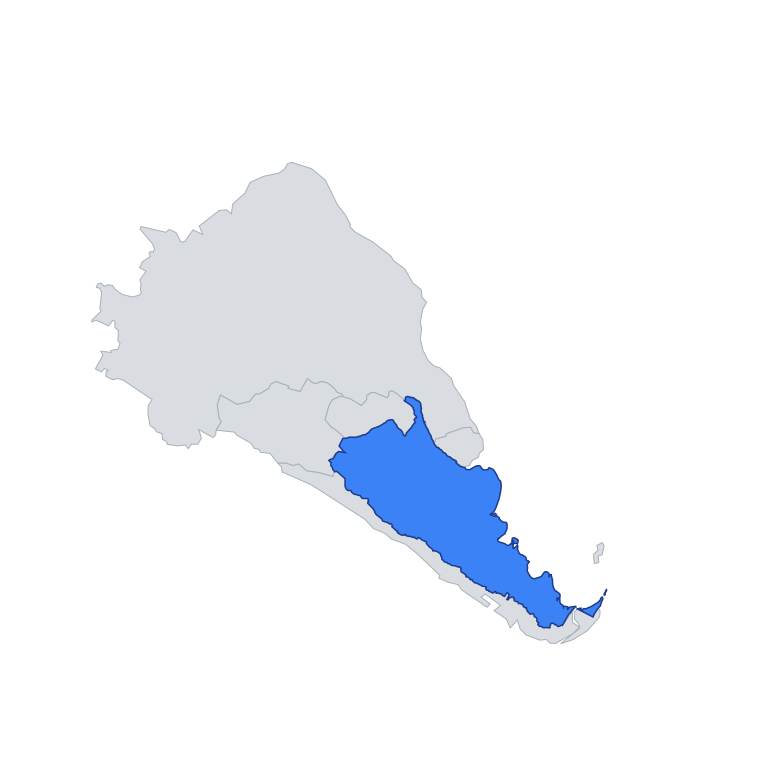 Argentina and the surrounding countries, rotated 298°
{"feature_id": "ARG", "entity_name": "Argentina", "entity_type": "country or territory", "adm_level": 0, "iso_a3": "ARG", "parent_name": "South America", "parent_adm1": "", "projection": "equal_earth", "projection_center": [-65.46, -38.417], "detail": "fine", "context": "with_neighbors", "style": "filled", "palette": "blue", "viewbox_px": 768, "rotation_deg": 298, "n_neighbors": 6, "source": "natural_earth", "source_scale": "50m", "svg_char_len": 11009}
<svg xmlns="http://www.w3.org/2000/svg" viewBox="0 0 768 768"><g transform="rotate(298 384 384)"><path d="M276.2,660.3L276.6,678.0L287.1,678.2L285.1,681.3L279.7,683.7L261.7,679.4L246.9,670.8L237.6,661.9L260.7,671.7L263.9,668.1L265.8,662.6L271.6,659.3L276.2,660.3ZM264.4,327.3L268.3,334.4L269.4,341.9L273.5,346.3L271.1,356.4L275.3,368.0L278.4,382.2L283.9,380.8L284.9,383.3L282.3,394.0L274.0,399.0L274.4,415.9L272.9,419.2L275.2,423.1L269.9,429.4L265.1,438.8L262.6,447.9L263.4,457.5L259.0,467.7L262.7,484.6L264.6,486.4L264.8,495.3L260.8,504.7L261.1,512.7L255.8,518.9L256.0,527.6L258.4,536.8L254.3,540.2L251.3,558.0L252.8,569.1L250.1,571.0L252.0,581.4L255.2,584.8L253.1,588.6L256.3,590.3L257.2,593.7L254.3,595.4L255.2,600.5L253.1,612.1L249.9,619.5L250.8,623.8L248.9,629.2L244.0,632.9L245.1,641.8L247.5,644.8L251.8,644.3L252.0,650.4L254.9,655.2L276.5,657.5L270.8,657.5L262.0,662.4L261.3,669.8L258.6,670.0L251.3,667.4L235.4,657.2L233.1,652.1L234.6,647.3L231.0,641.8L229.2,627.5L231.6,619.2L238.3,612.6L227.9,610.0L233.9,602.3L235.5,587.6L243.3,590.8L246.1,572.2L241.4,569.7L239.7,581.0L235.3,579.8L238.6,549.8L241.6,543.4L239.2,534.3L238.2,523.7L241.2,523.3L249.8,492.5L252.6,478.0L250.5,463.3L252.6,455.1L251.4,442.8L255.6,430.6L260.9,366.9L258.4,335.3L262.4,332.7L264.4,327.3Z" fill="#d9dde1" stroke="#a8b0b8" stroke-width="1"/><path d="M324.1,653.9L332.0,649.0L337.4,651.0L341.5,647.7L346.5,651.4L344.4,654.3L335.6,656.7L332.8,653.9L327.2,657.5L324.1,653.9Z" fill="#d9dde1" stroke="#a8b0b8" stroke-width="1"/><path d="M354.8,456.3L359.6,455.3L366.9,462.9L369.6,462.6L382.6,474.4L386.5,481.0L383.1,485.7L384.9,491.2L381.4,497.2L373.0,502.6L367.7,500.7L363.7,501.7L357.1,497.6L352.2,497.9L347.9,492.5L348.6,486.3L350.3,484.1L350.5,474.3L354.8,456.3Z" fill="#d9dde1" stroke="#a8b0b8" stroke-width="1"/><path d="M384.9,491.2L383.1,485.7L386.5,481.0L382.6,474.4L369.6,462.6L366.9,462.9L359.6,455.3L354.8,456.3L373.9,433.0L385.6,423.4L386.0,415.3L382.4,409.5L378.6,411.4L381.5,399.5L381.7,393.9L379.0,392.1L376.1,393.7L373.3,393.3L372.0,379.9L370.6,376.9L365.5,374.1L362.3,376.1L354.3,374.1L355.0,360.1L352.9,354.4L355.3,352.2L354.7,346.3L356.9,341.7L358.4,333.5L356.6,327.0L352.4,324.1L351.6,320.0L352.9,313.9L337.9,313.5L335.0,301.2L337.3,301.1L335.4,287.4L330.9,284.2L326.0,284.3L317.4,279.2L314.3,275.2L305.5,273.5L297.0,264.0L297.5,244.8L287.2,246.6L276.1,254.9L274.4,258.1L264.4,257.5L260.0,259.3L256.4,258.1L256.8,241.9L250.4,248.2L243.4,247.9L240.4,242.2L235.1,241.6L236.8,237.1L232.3,230.6L229.0,221.0L231.1,219.0L231.0,214.5L235.8,211.4L235.0,205.6L237.0,201.9L237.5,196.9L246.6,189.7L254.1,186.0L261.3,186.5L265.0,152.5L263.8,146.3L260.3,142.4L260.3,134.6L264.8,132.9L266.4,134.0L266.6,129.9L262.0,128.8L261.9,122.1L277.4,122.3L280.0,118.6L283.8,128.3L285.3,127.0L289.7,132.7L295.8,132.0L297.4,128.7L306.6,124.4L307.5,119.9L313.2,116.9L312.7,114.6L306.0,113.7L305.2,99.8L301.7,97.0L303.1,96.0L315.3,100.0L317.6,97.5L332.2,91.8L335.1,87.8L334.1,84.7L338.2,84.3L340.1,86.7L339.0,91.4L341.8,93.1L343.6,98.0L341.4,101.8L340.2,110.9L342.8,121.3L347.7,126.3L351.6,126.8L352.5,124.8L358.6,122.4L361.2,119.6L371.8,121.0L372.0,113.5L378.9,113.4L387.0,117.9L389.4,115.0L391.2,115.4L392.3,118.4L396.1,117.7L399.2,113.6L406.2,95.9L408.9,95.4L415.5,120.1L419.7,121.8L420.0,129.2L414.0,138.1L416.5,141.3L430.5,143.0L430.8,153.7L436.8,146.7L460.0,157.1L463.9,163.4L462.6,169.3L471.8,166.0L487.3,171.6L499.2,171.2L510.8,180.1L520.8,192.1L526.9,195.2L533.7,195.6L536.5,199.0L540.1,219.0L536.4,236.7L520.6,258.4L515.2,270.4L509.0,279.6L507.0,279.8L504.5,287.5L504.2,307.3L500.1,330.3L497.4,334.4L495.3,348.4L486.7,361.9L484.8,372.6L478.3,377.0L476.2,383.2L467.9,383.1L455.6,387.1L450.0,391.6L441.3,394.6L431.9,402.7L425.0,412.8L423.5,420.4L424.5,425.9L420.6,441.0L415.1,446.5L405.9,463.9L393.8,476.3L390.0,485.6L384.9,491.2Z" fill="#d9dde1" stroke="#a8b0b8" stroke-width="1"/><path d="M264.4,257.5L274.4,258.1L276.1,254.9L287.2,246.6L297.5,244.8L297.0,264.0L305.5,273.5L314.3,275.2L317.4,279.2L326.0,284.3L330.9,284.2L335.4,287.4L337.3,301.1L335.0,301.2L337.9,313.5L352.9,313.9L351.6,320.0L352.4,324.1L356.6,327.0L358.4,333.5L356.9,341.7L354.7,346.3L355.3,352.2L352.9,354.4L352.8,351.2L345.7,345.8L338.5,345.7L325.0,348.7L321.2,357.8L320.9,363.4L317.8,375.8L316.6,373.6L307.8,373.1L304.8,381.4L300.3,374.0L290.3,371.5L283.9,380.8L278.4,382.2L275.3,368.0L271.1,356.4L273.5,346.3L269.4,341.9L268.3,334.4L264.4,327.3L269.2,316.0L265.8,307.2L267.6,303.7L266.2,299.8L269.2,294.5L269.7,278.1L271.3,274.5L264.4,257.5Z" fill="#d9dde1" stroke="#a8b0b8" stroke-width="1"/><path d="M352.8,351.2L355.0,360.1L354.3,374.1L362.3,376.1L365.5,374.1L370.6,376.9L372.0,379.9L373.3,393.3L376.1,393.7L379.0,392.1L381.7,393.9L381.5,399.5L377.1,420.3L370.0,428.1L364.0,429.7L348.1,425.4L355.9,410.0L354.9,405.6L347.1,401.6L337.9,394.0L331.7,392.5L317.8,375.8L320.9,363.4L321.2,357.8L325.0,348.7L338.5,345.7L345.7,345.8L352.8,351.2Z" fill="#d9dde1" stroke="#a8b0b8" stroke-width="1"/><path d="M354.9,456.0L352.9,460.0L353.2,461.2L353.2,462.7L352.6,463.8L352.7,465.1L352.5,466.0L351.3,468.9L351.7,470.2L351.3,471.6L350.2,473.2L350.3,475.7L350.6,476.3L349.8,479.4L350.0,483.3L349.4,484.5L348.5,484.4L348.1,484.8L347.1,490.1L348.1,495.3L347.1,496.3L347.5,497.8L348.7,500.0L354.0,503.2L355.7,504.9L356.6,506.5L356.6,507.9L355.2,510.0L354.9,511.7L355.7,514.0L357.0,515.5L358.0,516.0L359.3,516.0L359.5,516.4L359.8,519.7L359.7,520.8L359.3,521.8L356.5,526.4L354.2,529.2L353.3,530.8L353.0,532.4L352.3,533.2L348.4,535.7L342.4,537.9L336.5,539.5L327.4,540.9L323.9,541.0L322.2,540.6L320.6,540.2L319.8,539.3L318.7,539.1L318.5,539.6L318.9,540.9L318.7,542.4L319.0,543.3L320.7,544.5L319.8,544.5L320.5,545.3L320.0,548.7L318.9,549.3L318.1,552.1L317.9,553.6L318.1,554.5L319.1,556.5L318.7,557.8L318.0,558.5L314.1,560.5L309.4,561.0L308.3,560.9L304.1,558.8L300.8,557.8L301.1,557.3L300.7,557.1L299.3,557.7L298.8,558.4L298.7,560.5L299.6,564.7L299.7,566.4L299.3,568.4L299.8,569.6L302.4,571.0L302.9,571.0L303.1,571.1L302.7,571.9L302.7,572.5L303.8,572.6L306.0,572.3L306.3,571.1L304.9,571.0L305.1,570.7L308.1,569.7L308.9,570.4L309.3,571.2L309.5,572.4L309.3,575.0L308.8,576.0L306.4,576.7L305.7,576.5L304.4,573.9L303.3,573.3L302.2,573.5L301.0,574.4L299.9,574.7L299.5,575.6L302.3,576.9L304.4,577.5L303.6,578.3L300.8,579.4L298.0,582.9L297.6,584.8L298.1,587.1L297.6,588.1L297.9,589.2L297.2,591.0L295.3,592.6L294.9,593.8L295.6,594.5L295.3,595.7L291.6,595.3L288.9,597.2L286.5,597.9L284.3,600.7L282.1,604.9L282.2,606.8L282.7,608.3L287.7,613.2L292.9,613.9L293.9,614.5L294.7,616.1L294.4,618.0L293.7,619.2L291.4,620.2L291.8,620.5L293.4,620.2L293.8,620.5L294.2,621.2L293.5,621.5L290.3,624.6L286.1,627.1L283.3,629.8L281.8,632.3L282.0,633.1L281.3,637.4L280.4,638.5L278.2,639.5L276.7,638.4L275.4,636.6L275.7,637.5L275.5,638.1L273.4,638.6L275.9,638.7L277.1,639.9L273.8,641.8L272.8,643.5L272.5,645.8L271.2,647.2L272.2,646.9L273.1,649.4L273.4,650.6L273.2,651.4L270.6,651.7L272.5,652.4L273.4,652.1L273.9,652.5L277.7,657.6L277.3,658.0L277.2,657.5L272.4,656.2L270.6,656.2L267.5,655.2L254.5,654.8L254.6,654.1L252.5,652.6L251.5,651.4L252.1,649.4L252.1,648.8L251.6,647.7L252.0,647.2L252.1,646.2L251.6,644.3L250.5,643.7L249.8,644.0L248.2,644.1L246.8,644.9L246.4,644.8L245.2,641.6L243.8,639.7L243.5,637.9L243.9,636.9L243.1,635.1L243.2,634.1L243.6,633.6L243.7,632.9L245.9,632.8L245.7,631.8L246.4,630.3L248.4,629.3L249.1,628.5L249.3,627.4L249.1,626.1L249.8,625.3L250.7,624.8L251.1,623.7L250.8,622.7L250.2,621.8L249.5,621.5L249.4,620.7L250.5,618.0L250.4,617.4L252.0,616.1L252.4,615.2L253.3,614.8L252.8,613.2L252.9,611.6L254.5,610.1L254.0,607.2L253.2,605.8L254.4,604.8L254.7,604.0L253.9,603.0L253.9,600.7L254.2,600.3L255.4,600.1L255.5,599.5L256.5,598.5L256.4,597.6L254.7,595.4L251.6,594.8L251.4,593.6L256.9,593.5L257.6,591.7L257.6,591.1L257.2,590.6L253.0,590.1L252.9,587.7L253.8,586.1L253.0,584.5L253.3,584.1L253.2,583.0L252.1,581.7L252.1,580.9L253.0,580.4L253.1,579.9L252.9,579.2L251.0,578.7L250.3,577.6L250.5,575.7L250.2,573.9L250.8,573.0L250.2,571.4L250.3,571.0L250.9,570.0L252.0,570.0L252.7,569.6L252.8,569.1L251.5,565.5L251.8,564.7L251.6,558.5L251.1,557.6L251.1,556.7L251.9,554.4L252.6,553.8L252.7,553.4L251.9,552.6L251.8,551.9L251.9,551.5L252.5,551.2L252.8,550.5L252.9,549.3L252.3,546.9L252.7,546.5L253.6,546.6L254.3,543.7L254.4,540.4L256.6,538.7L257.5,538.6L258.1,537.3L258.2,536.7L257.3,535.8L256.8,532.0L255.7,529.4L255.6,528.1L255.9,526.4L255.4,525.0L255.9,523.3L255.3,520.7L256.2,518.8L256.3,517.6L257.3,516.7L258.4,516.4L258.6,515.4L259.7,514.0L260.5,513.9L260.8,513.2L260.7,511.5L261.0,510.5L260.7,508.1L260.2,506.2L259.8,506.0L259.6,505.4L260.8,504.5L261.4,500.5L263.1,496.3L264.5,495.6L264.1,490.8L264.8,487.6L264.6,486.5L264.0,486.1L263.1,486.3L262.6,485.7L262.6,483.9L263.1,482.6L262.3,481.8L261.9,480.0L261.9,478.5L261.4,478.1L260.6,475.6L260.5,474.3L260.9,474.2L261.2,473.5L260.6,472.7L259.7,472.4L258.7,469.7L258.9,467.2L259.1,465.5L259.4,465.2L260.1,465.3L260.6,464.3L260.3,463.1L261.6,458.5L261.6,458.0L263.1,457.7L263.9,455.9L263.8,455.4L263.1,454.9L263.3,451.9L262.4,447.5L262.7,446.7L263.9,445.3L265.1,438.4L266.3,436.2L266.7,436.1L268.6,433.5L271.0,425.7L272.1,425.2L272.5,425.7L272.9,425.6L273.3,425.0L274.8,424.4L275.0,423.9L275.0,422.9L272.9,418.8L273.0,417.6L274.2,415.6L272.7,408.8L273.2,406.3L274.3,404.8L273.7,403.1L273.0,402.3L273.4,400.1L275.3,397.7L282.1,394.1L284.7,383.5L283.3,381.6L284.3,379.9L284.5,378.9L286.3,377.4L286.9,375.4L289.6,374.4L290.7,371.2L291.6,371.5L294.2,374.2L300.1,374.3L303.1,375.6L305.2,381.7L305.7,379.4L308.3,373.5L316.6,373.2L318.3,376.2L320.2,377.7L321.4,379.5L323.6,384.1L326.8,387.5L329.0,389.2L329.9,390.2L330.3,391.2L334.3,393.3L337.3,393.8L339.0,394.7L344.3,399.5L347.8,401.7L349.3,402.3L350.4,403.5L352.2,403.7L353.5,404.4L354.5,405.3L355.8,407.2L356.3,408.0L356.3,409.3L354.9,411.0L353.8,414.1L352.1,415.9L351.4,417.9L351.4,420.4L350.3,422.4L350.4,422.7L349.5,423.4L348.1,425.5L347.9,426.1L348.2,427.3L351.4,426.9L359.4,428.9L360.4,428.5L362.3,429.1L363.2,428.9L364.4,429.7L364.9,429.6L366.5,427.4L368.1,427.4L369.3,428.4L369.9,428.3L370.5,427.8L371.1,425.7L372.2,424.3L374.4,423.5L376.0,421.2L376.8,420.7L378.0,417.2L378.7,409.8L380.0,410.3L382.3,409.2L384.2,410.7L384.6,413.6L385.7,417.0L385.3,417.6L384.9,421.6L385.1,423.0L384.1,425.4L382.0,426.9L381.7,426.7L380.3,428.4L378.6,428.7L377.7,429.5L376.5,429.7L375.8,431.3L374.8,431.9L374.3,432.9L373.3,433.2L371.5,435.1L369.6,436.3L369.4,436.8L369.8,437.3L369.8,438.0L368.3,437.9L368.1,438.7L365.6,441.6L364.3,444.2L362.4,446.2L360.1,450.1L357.9,452.0L356.5,454.5L354.9,456.0ZM276.4,677.9L276.2,660.4L278.1,662.4L278.8,663.8L278.2,663.3L277.5,663.6L277.0,664.6L277.2,665.3L279.3,665.6L280.3,667.7L284.9,671.5L291.6,675.4L294.7,676.3L297.1,676.1L298.3,676.5L297.3,678.0L296.5,678.3L293.4,678.4L289.9,679.2L286.0,678.2L279.2,677.6L276.4,677.9ZM302.3,676.8L303.0,677.0L306.9,676.9L306.8,677.2L305.9,677.5L303.7,677.4L301.7,678.2L301.0,677.6L302.3,676.8ZM321.9,542.6L322.0,543.2L321.6,543.1L320.8,542.6L320.4,541.8L321.9,542.6Z" fill="#3b82f6" stroke="#1e3a8a" stroke-width="1.5"/></g></svg>